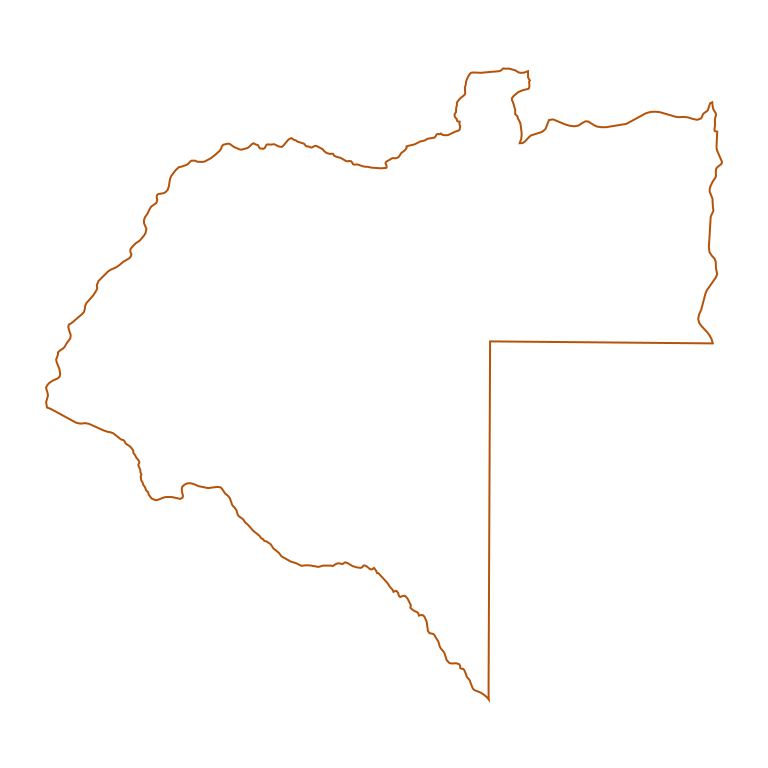 the Province of Moxico
{"feature_id": "AGO-1892", "entity_name": "Moxico", "entity_type": "Province", "adm_level": 1, "iso_a3": "AGO", "parent_name": "Angola", "parent_adm1": "", "projection": "albers", "projection_center": [20.805, -13.377], "detail": "fine", "context": "isolated", "style": "outline", "palette": "amber", "viewbox_px": 768, "rotation_deg": 0, "n_neighbors": 0, "source": "natural_earth", "source_scale": "10m", "svg_char_len": 6051}
<svg xmlns="http://www.w3.org/2000/svg" viewBox="0 0 768 768"><path d="M490.1,341.4L488.6,681.0L488.6,697.2L488.8,699.6L487.0,697.3L484.0,694.8L480.7,692.6L474.7,690.2L473.3,689.1L472.3,687.4L469.6,680.2L466.7,676.7L466.1,674.4L464.1,669.8L463.2,668.9L460.6,668.5L460.2,667.5L460.2,666.0L459.1,664.2L456.1,663.2L452.8,663.5L449.6,663.2L446.8,660.3L444.2,652.5L440.7,648.3L439.7,646.4L438.3,641.4L436.2,638.3L434.2,634.7L433.1,633.9L429.4,633.1L427.9,630.8L426.7,621.9L424.5,616.8L423.1,615.3L421.2,615.0L418.9,615.6L418.4,613.4L417.1,612.2L413.7,610.6L410.8,608.3L410.3,607.2L410.8,605.9L410.8,605.1L407.5,598.5L404.9,595.7L402.1,596.2L400.1,597.0L398.9,595.7L398.0,592.7L397.0,591.5L396.2,590.9L395.2,591.0L393.5,591.9L392.7,590.0L389.9,586.8L387.6,583.2L378.5,573.3L378.0,573.1L377.2,573.2L376.7,572.5L376.3,571.0L374.0,567.9L371.8,569.5L370.0,569.1L366.6,566.3L364.2,565.3L363.1,566.0L362.2,567.2L360.6,567.9L356.4,567.3L352.4,566.0L347.2,562.9L345.6,562.4L344.6,562.6L343.0,563.8L342.2,564.0L339.1,563.3L337.1,563.5L334.8,564.6L333.2,565.9L332.6,566.0L331.0,565.6L323.1,565.6L318.4,566.9L309.9,565.4L306.0,565.3L301.3,565.8L296.1,563.2L290.6,561.5L281.6,556.4L278.8,552.8L273.5,548.5L270.6,544.2L266.8,541.6L264.3,540.9L263.1,539.2L261.3,538.3L259.4,535.7L253.2,530.8L248.0,524.8L245.2,522.5L243.5,519.8L242.5,518.8L239.3,516.6L238.3,515.6L237.6,514.4L236.5,510.3L234.7,507.7L233.0,506.0L232.1,504.7L229.9,498.2L228.0,495.8L225.2,493.6L222.4,489.4L220.6,487.3L217.1,486.9L208.2,488.1L198.7,486.2L193.6,484.0L190.1,483.2L187.0,483.4L184.4,484.8L182.4,486.5L181.8,488.7L181.8,491.0L183.0,496.1L182.4,497.8L180.2,498.9L172.7,497.2L168.4,496.9L164.7,497.2L157.0,500.1L155.6,500.2L151.5,498.4L148.7,494.6L148.1,492.2L146.1,490.3L145.0,487.2L143.4,485.1L142.4,482.2L141.2,480.2L140.7,476.5L141.4,474.3L140.4,472.3L140.3,469.9L138.4,465.6L138.5,464.3L139.3,462.7L139.2,461.6L138.3,460.0L136.2,457.5L135.1,455.2L133.8,453.5L133.3,452.4L133.3,451.0L133.1,450.3L131.0,447.5L129.8,446.3L125.7,443.6L124.6,441.3L123.3,440.0L121.4,439.6L120.4,439.0L113.4,433.4L110.9,432.4L107.4,431.7L103.0,430.2L88.9,423.8L85.0,423.1L82.6,423.5L79.6,423.5L76.1,422.7L50.5,408.8L47.0,407.5L46.1,402.2L48.0,395.5L47.5,392.7L46.6,390.0L46.1,387.4L47.5,384.9L49.3,382.9L52.8,380.6L57.7,378.4L59.7,376.6L60.2,373.6L59.3,368.7L56.7,362.2L56.1,359.7L58.0,354.5L58.0,352.4L60.1,350.4L63.0,348.5L64.7,346.8L66.5,343.5L70.3,338.4L70.7,335.0L68.8,329.3L68.3,326.9L68.9,324.6L71.5,323.1L82.2,314.0L84.1,311.8L84.9,308.4L85.1,306.1L86.4,303.1L93.3,295.3L96.5,290.2L97.2,288.2L96.8,285.2L98.5,281.0L107.9,271.6L110.5,269.8L116.4,267.2L119.5,265.0L123.2,261.8L129.1,258.4L130.8,256.5L131.4,254.4L130.3,251.6L130.3,250.3L130.6,248.9L132.3,246.8L135.9,243.1L139.7,240.7L144.2,235.3L145.6,232.8L146.4,228.8L144.0,223.2L143.9,220.3L145.0,217.2L147.4,213.8L150.0,208.4L151.4,206.4L156.3,203.0L157.3,199.9L156.7,197.5L156.9,195.3L158.1,194.1L163.5,193.2L165.6,192.1L167.7,189.8L168.9,186.3L169.7,180.7L170.3,178.1L171.5,175.6L175.6,170.2L178.8,167.2L181.3,166.7L186.6,164.9L188.2,163.8L190.4,161.4L191.5,160.7L195.0,160.7L197.7,161.8L202.7,161.9L204.7,161.5L210.9,158.2L215.5,154.6L220.1,150.4L221.2,148.5L221.8,146.4L223.3,144.7L227.7,143.7L229.5,143.8L234.0,147.0L239.6,149.4L241.3,149.7L247.4,148.1L248.7,147.2L252.1,144.0L253.7,143.3L255.3,144.3L257.9,145.1L259.4,147.9L260.2,148.4L262.8,148.8L263.4,148.8L264.9,147.8L266.0,145.5L267.0,144.5L267.6,144.4L271.0,144.6L274.2,144.2L278.9,146.5L281.8,146.9L283.3,145.7L288.4,139.6L290.8,138.3L291.7,138.2L293.5,139.6L295.9,140.4L297.4,141.6L303.5,143.5L304.6,144.2L305.6,145.7L306.5,146.3L308.5,146.5L311.1,147.5L311.8,147.5L314.9,145.9L316.4,145.9L322.8,149.3L324.2,151.2L326.7,153.0L329.6,153.9L331.8,153.7L333.2,153.9L334.0,155.5L334.9,156.2L341.1,158.1L345.9,161.0L347.0,161.3L349.4,161.0L351.0,161.2L352.4,162.8L352.8,164.0L354.2,164.7L356.8,164.4L358.3,164.7L362.8,166.3L366.0,166.8L367.7,166.8L371.8,167.7L381.2,168.3L386.2,167.9L386.6,167.2L386.6,165.9L385.5,163.3L386.0,161.9L392.4,158.1L395.7,158.3L397.0,157.9L398.5,157.1L399.4,156.0L401.2,153.1L405.1,150.1L406.7,147.7L406.5,146.5L407.2,146.1L414.5,144.4L420.2,141.5L424.9,140.4L427.4,138.8L434.5,137.6L436.0,135.7L436.5,134.6L437.5,134.0L439.9,134.2L440.8,133.5L442.6,134.9L444.3,135.2L447.2,135.2L448.2,135.0L454.9,131.8L458.4,130.6L459.6,129.7L460.2,126.0L459.4,124.5L459.7,121.7L458.1,121.5L457.2,120.9L456.7,119.2L455.0,117.0L454.5,115.3L454.6,114.3L456.0,112.0L456.2,107.7L456.9,105.3L456.9,103.1L457.2,102.0L459.5,99.1L460.7,97.9L464.0,95.4L465.2,93.7L464.9,87.3L465.7,85.0L466.1,81.5L467.4,78.1L469.3,74.6L470.8,72.9L472.0,72.6L473.9,72.5L480.7,72.8L499.0,71.2L500.8,70.6L503.2,68.4L505.7,68.7L509.0,68.6L514.9,70.2L518.6,72.4L520.4,72.8L523.8,72.7L528.0,71.2L528.1,77.6L529.9,80.5L529.1,81.5L529.4,85.9L529.1,88.0L528.0,89.0L523.1,90.1L518.4,92.0L513.8,95.8L511.9,98.2L511.9,100.1L512.9,101.9L515.2,109.8L515.2,114.1L517.5,116.4L517.9,118.4L519.7,121.7L520.5,123.9L521.7,133.8L521.3,138.6L519.7,143.2L522.5,143.1L524.6,141.8L529.5,136.6L531.1,135.4L542.2,131.8L545.5,129.0L549.0,120.0L553.1,119.4L565.7,124.6L569.9,125.8L574.2,126.3L578.3,125.6L583.0,122.6L585.5,121.3L588.2,121.5L594.6,125.5L596.8,126.5L601.1,127.2L606.0,127.2L626.3,123.9L646.0,113.2L650.8,111.9L655.3,111.7L659.6,112.1L675.8,116.8L679.5,117.2L683.9,116.9L688.1,117.4L692.7,118.9L697.1,119.8L700.9,118.5L701.7,117.4L703.2,113.8L707.7,110.5L710.1,103.3L712.2,102.3L712.9,107.9L713.6,109.8L715.7,113.2L716.1,114.8L714.9,119.0L715.0,125.3L714.4,129.7L715.0,131.2L717.2,131.6L716.5,147.7L717.1,150.6L721.9,161.6L721.9,163.0L720.8,164.5L717.3,167.2L716.1,168.8L715.8,171.5L716.0,176.1L715.5,177.4L712.4,182.1L710.3,186.6L709.7,188.8L709.7,191.7L712.5,198.8L712.9,207.3L713.4,210.1L713.2,211.2L710.7,216.7L708.9,247.1L709.5,252.2L711.8,255.7L714.6,258.7L715.7,261.6L716.0,268.5L717.1,273.6L716.7,275.6L715.8,277.5L706.9,290.2L705.5,293.5L701.2,309.7L699.0,314.7L698.2,319.2L699.2,322.8L701.4,326.0L707.3,332.3L709.7,335.6L711.6,339.2L712.8,343.4L490.1,341.4Z" fill="none" stroke="#b45309" stroke-width="2"/></svg>